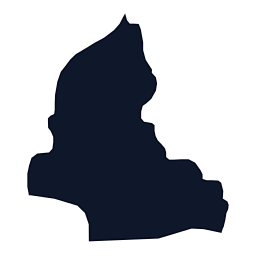 Resen, Albers equal-area conic projection
{"feature_id": "MKD-2894", "entity_name": "Resen", "entity_type": "Statistical Region", "adm_level": 1, "iso_a3": "MKD", "parent_name": "North Macedonia", "parent_adm1": "", "projection": "albers", "projection_center": [21.045, 41.032], "detail": "fine", "context": "isolated", "style": "filled", "palette": "ink", "viewbox_px": 256, "rotation_deg": 0, "n_neighbors": 0, "source": "natural_earth", "source_scale": "10m", "svg_char_len": 1231}
<svg xmlns="http://www.w3.org/2000/svg" viewBox="0 0 256 256"><path d="M89.6,240.6L89.5,224.2L85.6,212.6L77.8,205.0L54.6,198.0L29.9,194.4L29.5,194.5L29.5,194.3L28.8,190.4L28.1,186.6L28.1,180.9L28.1,173.8L29.8,165.6L32.1,158.4L37.5,154.3L44.6,153.6L49.4,153.2L53.1,149.1L54.0,142.3L54.0,136.7L51.4,130.7L48.9,127.6L48.7,122.0L48.7,118.6L50.9,116.4L54.9,114.5L55.5,109.6L55.5,103.2L55.8,95.0L58.1,81.8L61.5,72.1L66.0,66.4L70.8,60.0L76.2,54.8L87.0,48.4L94.9,43.5L104.5,38.3L114.4,30.8L120.1,24.4L124.3,16.4L124.9,15.4L126.3,20.6L129.4,24.4L133.6,24.4L138.2,24.7L140.1,29.6L142.4,42.4L142.4,50.3L145.0,60.1L149.8,67.6L151.2,69.7L151.0,73.0L155.2,77.7L156.3,83.4L155.2,90.4L150.7,98.4L146.0,102.6L142.1,105.4L140.4,111.6L140.4,118.6L143.6,122.4L151.7,123.8L153.8,125.5L153.8,131.1L154.9,136.3L157.2,140.9L161.2,145.0L164.3,148.7L165.4,152.5L165.4,157.4L168.9,160.4L173.9,160.4L181.9,160.0L188.4,160.0L194.7,163.3L199.8,170.5L201.8,174.6L201.8,179.5L206.6,181.0L211.4,181.0L218.0,181.3L220.5,183.2L222.5,191.1L222.0,199.0L226.8,202.0L227.9,205.0L227.4,209.1L225.7,212.9L224.6,219.7L222.9,226.8L222.3,227.6L220.9,231.9L220.9,232.0L203.7,228.4L191.5,227.8L158.3,237.8L89.6,240.6Z" fill="#0f172a" stroke="#020617" stroke-width="1.5"/></svg>